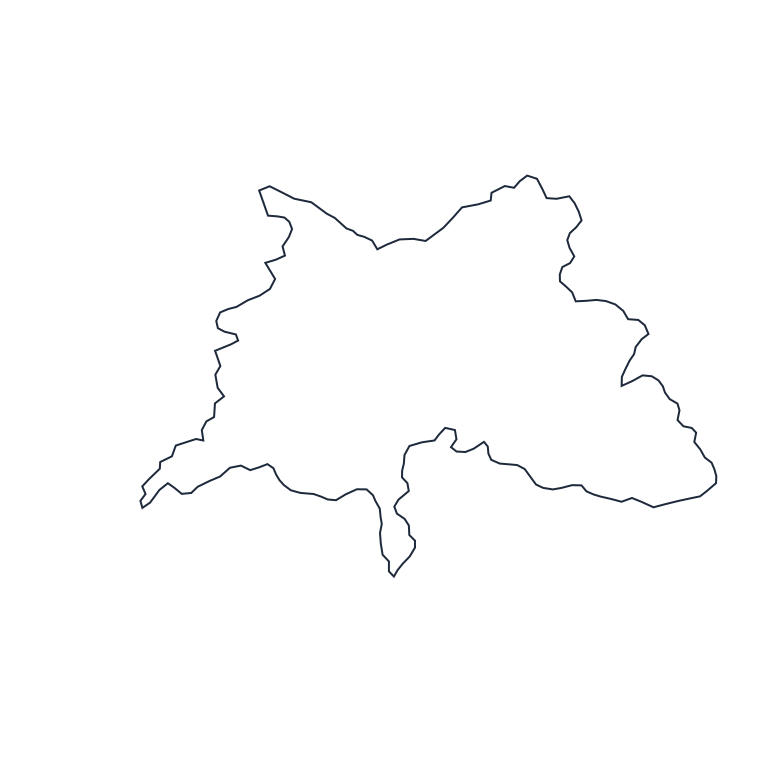 outline of Cuparaque, Minas Gerais, Brazil, rotated 247°
{"feature_id": "56859067B86280863594268", "entity_name": "Cuparaque", "entity_type": "district", "adm_level": 2, "iso_a3": "BRA", "parent_name": "Brazil", "parent_adm1": "Minas Gerais", "projection": "equal_earth", "projection_center": [-41.139, -18.989], "detail": "fine", "context": "isolated", "style": "outline", "palette": "slate", "viewbox_px": 768, "rotation_deg": 247, "n_neighbors": 0, "source": "geoboundaries", "source_scale": "gbopen_adm2", "svg_char_len": 2830}
<svg xmlns="http://www.w3.org/2000/svg" viewBox="0 0 768 768"><g transform="rotate(247 384 384)"><path d="M202.9,317.9L207.4,323.8L211.2,330.9L215.2,340.3L221.3,348.6L227.7,351.3L235.1,348.3L244.1,351.6L251.7,350.3L259.7,345.2L267.1,345.6L271.9,352.1L275.8,365.0L283.6,366.8L291.0,364.1L297.1,366.8L303.0,371.2L310.6,375.1L317.0,383.2L315.5,396.2L312.3,408.4L316.0,414.9L319.7,423.2L313.9,431.3L304.8,429.1L299.7,421.0L293.5,424.4L289.6,432.3L289.4,441.3L291.7,453.4L285.9,455.1L279.1,452.9L272.3,453.1L265.5,459.5L261.0,468.1L257.3,475.0L250.7,480.3L240.0,482.8L232.0,484.7L226.2,489.9L221.0,498.2L219.0,506.8L217.4,517.6L213.5,526.2L206.1,528.4L200.3,533.9L195.9,539.2L188.7,549.1L182.8,556.6L182.2,567.7L174.8,575.1L165.2,583.9L163.5,595.9L161.4,608.9L159.1,621.0L157.1,631.0L159.3,639.3L163.0,650.9L169.4,653.9L176.2,654.8L183.6,654.8L191.0,650.6L200.1,649.6L209.4,647.0L217.2,652.3L223.3,650.1L228.1,643.1L236.1,640.1L244.3,645.7L251.3,646.5L258.4,641.1L266.4,639.3L272.9,639.8L280.0,638.1L286.5,633.5L290.9,625.4L289.7,613.8L289.4,602.0L297.7,605.8L304.1,612.8L309.6,619.3L313.8,625.9L319.7,630.1L324.6,638.8L326.7,647.0L336.2,647.0L343.6,643.1L348.3,634.0L357.8,632.8L366.8,628.1L373.6,620.7L378.4,612.4L381.5,602.8L385.2,592.8L394.8,593.0L402.2,589.8L409.7,586.1L416.1,588.6L422.0,593.9L422.6,602.5L427.1,609.0L436.8,608.0L444.8,608.9L450.3,614.1L453.1,622.0L457.4,629.8L466.7,630.6L476.0,630.1L484.4,627.9L487.1,615.1L491.6,606.3L500.9,606.0L513.1,605.0L519.9,597.2L517.6,588.1L513.8,580.4L519.0,572.6L518.0,557.7L511.2,553.9L512.6,540.9L516.1,524.8L510.3,512.7L504.6,499.7L499.4,478.2L506.1,467.8L511.0,454.8L511.2,440.9L510.6,430.5L520.7,429.1L527.3,423.2L531.6,417.8L537.1,415.3L541.9,410.2L556.1,403.6L563.1,397.9L579.7,388.1L589.7,373.7L600.6,364.6L610.7,356.0L610.9,344.7L584.3,343.0L580.0,351.3L576.1,357.4L570.3,360.2L562.5,359.9L556.4,353.8L550.3,344.4L540.9,343.0L540.7,332.9L541.9,322.1L523.2,324.8L516.1,316.2L513.9,304.0L514.3,291.4L512.6,278.4L513.9,269.7L513.9,261.1L507.5,254.2L500.3,252.9L494.5,257.6L487.5,267.0L481.0,266.7L480.3,258.4L480.6,241.5L464.5,240.4L458.5,232.4L445.5,229.4L435.1,231.9L432.2,220.8L420.0,214.7L419.0,205.9L412.8,198.3L402.6,195.6L406.8,189.5L408.7,168.3L400.3,160.5L399.6,147.5L393.6,144.5L388.3,130.6L384.2,121.5L375.9,121.5L371.6,114.1L364.4,113.2L366.2,122.3L370.3,129.3L374.2,135.8L377.1,146.3L370.3,150.5L361.9,154.9L359.0,164.0L362.2,172.3L362.9,185.3L362.9,197.0L367.1,209.5L364.8,220.4L357.0,227.2L356.1,236.3L355.8,245.4L349.7,249.3L342.9,249.3L336.4,250.2L330.0,252.4L322.6,256.7L316.4,264.5L310.2,276.3L304.8,282.2L299.7,287.1L295.8,294.4L297.4,305.7L297.7,317.9L293.8,326.8L285.9,330.4L279.7,330.4L270.9,331.4L262.2,328.7L256.1,327.3L248.4,322.1L238.3,318.7L227.4,316.0L218.7,319.2L209.6,315.3L202.9,317.9Z" fill="none" stroke="#1e293b" stroke-width="2"/></g></svg>